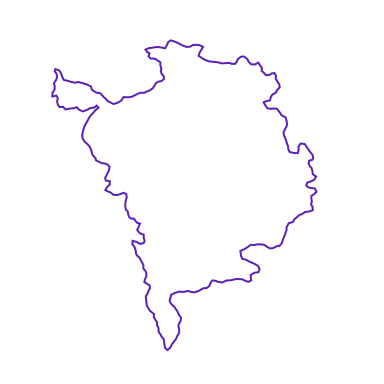 outline of Poté, Minas Gerais, Brazil, rotated 262°
{"feature_id": "56859067B81291889337924", "entity_name": "Poté", "entity_type": "district", "adm_level": 2, "iso_a3": "BRA", "parent_name": "Brazil", "parent_adm1": "Minas Gerais", "projection": "natural_earth1", "projection_center": [-41.769, -17.806], "detail": "fine", "context": "isolated", "style": "outline", "palette": "violet", "viewbox_px": 384, "rotation_deg": 262, "n_neighbors": 0, "source": "geoboundaries", "source_scale": "gbopen_adm2", "svg_char_len": 4603}
<svg xmlns="http://www.w3.org/2000/svg" viewBox="0 0 384 384"><g transform="rotate(262 192 192)"><path d="M190.0,317.0L192.9,314.0L195.8,314.2L199.1,313.7L201.4,312.2L204.1,311.5L206.7,312.3L207.2,315.8L209.4,316.9L212.0,316.5L214.9,314.7L218.1,313.1L220.6,311.8L223.8,310.3L224.9,306.3L221.8,303.6L218.9,303.6L215.7,302.0L216.6,297.9L218.1,294.2L221.3,293.3L224.0,293.5L226.8,292.8L229.5,292.4L232.2,291.9L235.1,290.9L238.1,290.9L241.4,292.9L243.7,294.7L245.9,295.6L248.9,295.6L252.9,295.0L255.3,291.6L259.1,289.7L262.6,287.7L263.3,284.4L263.4,281.4L264.5,278.3L267.5,276.7L270.9,275.4L271.7,278.6L271.8,281.8L275.1,283.4L277.5,285.3L278.6,288.8L281.3,290.6L283.4,293.4L286.5,293.4L289.8,291.8L292.9,290.6L295.1,291.4L298.4,290.1L298.3,287.4L297.0,284.5L297.5,281.4L300.0,279.8L302.1,277.9L305.4,278.5L307.8,277.0L310.9,275.7L309.5,272.0L310.2,268.4L312.9,266.3L316.1,265.2L318.9,262.5L319.2,259.4L317.2,255.8L314.7,254.4L312.9,252.6L313.3,249.4L314.7,246.7L314.9,243.3L315.3,239.0L316.7,236.1L317.4,233.5L318.1,230.6L318.9,227.3L320.3,224.5L322.1,221.8L324.0,219.7L325.9,217.5L329.2,219.1L331.8,221.3L334.2,223.1L336.3,220.1L337.1,217.1L337.4,213.5L336.2,210.1L336.4,206.8L338.1,203.6L340.7,199.9L342.7,196.9L343.9,194.7L345.1,192.1L343.8,189.3L341.2,187.8L338.0,185.3L339.4,181.7L340.4,177.9L340.5,174.8L340.4,171.9L340.5,169.1L339.5,165.8L336.7,167.1L335.3,169.3L332.4,167.8L329.9,169.6L329.2,173.8L326.8,176.6L324.7,178.8L321.9,178.3L318.4,178.8L315.7,177.9L313.0,178.5L310.4,180.2L307.8,180.0L306.1,177.1L305.9,173.8L304.8,171.4L302.5,169.6L300.3,167.7L298.7,164.7L297.8,161.4L296.9,158.3L297.5,154.2L296.2,150.2L294.8,146.1L294.6,142.5L295.5,137.4L292.5,134.8L290.8,131.1L290.0,126.6L292.4,123.2L293.9,121.0L296.2,119.6L298.2,117.8L300.3,116.5L302.6,114.9L303.4,111.8L305.2,109.2L307.6,106.9L310.4,106.7L313.2,102.8L315.2,98.4L316.8,94.6L316.5,91.4L317.7,88.0L319.3,84.6L320.9,80.5L324.4,79.5L327.6,78.8L330.8,77.5L332.7,73.8L330.6,72.8L327.9,74.4L324.2,74.3L321.3,72.6L318.9,70.3L316.1,70.8L312.5,70.2L309.8,67.7L306.0,67.0L306.3,71.2L303.3,72.2L300.7,71.0L297.2,71.3L294.6,72.6L294.3,76.2L291.4,78.2L291.6,82.9L291.4,86.4L292.0,89.6L289.3,91.5L287.0,95.1L287.9,99.3L289.4,103.5L289.2,107.0L290.8,109.6L288.5,111.1L286.6,108.0L284.1,105.1L281.5,101.9L278.3,99.3L275.5,97.3L272.9,95.2L269.2,93.3L266.6,92.2L263.9,91.2L260.5,91.1L256.5,92.8L253.9,95.2L251.0,97.1L247.1,98.1L243.5,98.5L241.1,99.6L239.2,101.0L236.7,101.4L235.0,103.8L233.2,106.5L232.4,109.5L231.0,112.1L228.5,113.9L224.9,112.7L220.6,109.8L218.0,107.9L215.4,108.2L214.1,112.1L210.9,111.6L208.6,108.5L206.0,106.4L204.2,109.0L202.6,111.6L200.1,113.9L199.4,117.8L200.1,121.3L200.7,124.4L199.0,126.6L195.7,126.6L192.5,125.1L188.9,124.2L186.4,123.9L183.8,124.1L181.5,125.7L178.8,125.7L176.1,126.2L174.2,127.8L173.7,130.9L171.1,132.1L169.1,133.4L168.0,136.0L165.2,134.5L162.0,132.4L158.4,134.6L156.3,138.3L153.3,137.8L150.2,138.3L148.2,137.0L147.7,133.7L150.4,129.9L151.9,126.4L148.8,125.7L145.0,127.6L141.6,128.1L138.6,128.0L136.5,128.9L134.3,130.9L131.0,132.0L126.6,133.7L122.9,133.2L120.3,134.9L117.5,135.5L114.3,134.8L112.2,133.2L109.4,132.3L106.9,135.3L105.2,137.1L102.4,136.9L99.8,135.0L97.6,133.9L95.1,131.7L89.3,131.5L85.7,131.5L83.3,132.5L80.5,133.6L78.2,135.7L76.4,137.4L73.7,136.8L70.8,137.8L67.5,139.4L65.2,138.7L62.0,139.9L57.9,139.5L54.9,141.2L52.6,141.9L50.3,143.5L47.3,143.5L44.1,143.5L41.1,143.7L38.9,145.8L41.1,149.0L44.1,151.0L47.0,154.0L49.1,156.0L51.6,157.4L53.5,159.1L56.0,160.1L58.9,160.1L61.4,159.8L63.7,161.0L65.6,162.6L68.7,163.7L72.8,161.8L76.2,160.8L78.7,159.5L81.1,158.3L82.9,156.6L85.3,155.2L87.8,154.7L90.0,155.9L93.0,157.0L94.4,160.8L95.1,165.5L94.2,170.0L94.6,174.1L93.4,176.7L92.4,179.9L92.9,184.3L94.2,187.4L95.1,190.0L94.9,193.2L96.5,196.0L99.4,197.7L101.6,199.9L100.8,202.9L99.4,205.4L98.2,209.3L99.6,214.0L99.2,218.4L99.7,222.8L99.2,226.7L98.5,229.8L96.5,232.6L95.2,235.3L96.1,238.3L98.5,238.3L101.6,238.5L103.3,242.2L103.4,246.7L106.2,248.2L109.7,247.1L112.3,243.7L114.6,239.8L117.3,236.2L118.9,232.6L122.0,231.6L124.5,231.7L126.9,231.7L128.3,236.5L130.2,240.3L131.5,242.9L130.8,246.3L131.1,249.4L130.6,253.0L129.5,256.4L127.1,258.9L125.2,261.5L125.2,264.7L126.5,268.2L126.5,271.2L128.8,273.8L132.6,275.6L136.1,277.7L138.3,278.8L141.1,280.3L144.0,280.8L147.7,283.5L148.2,287.7L150.8,289.6L152.3,292.2L154.1,294.7L154.9,297.9L156.4,301.2L156.5,306.0L157.1,309.0L160.6,309.4L162.8,308.1L165.7,309.3L169.4,309.3L171.7,309.8L172.7,312.4L174.9,315.3L178.3,314.2L179.5,310.1L180.7,307.4L182.8,306.1L185.2,307.4L186.0,311.3L187.1,314.7L190.0,317.0Z" fill="none" stroke="#5b21b6" stroke-width="2"/></g></svg>